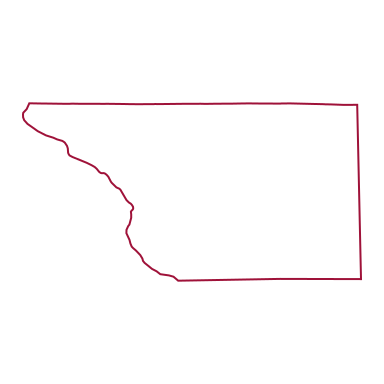 outline of Jo Daviess, Illinois, United States of America
{"feature_id": "52423323B10546312408424", "entity_name": "Jo Daviess", "entity_type": "district", "adm_level": 2, "iso_a3": "USA", "parent_name": "United States of America", "parent_adm1": "Illinois", "projection": "robinson", "projection_center": [-90.406, 42.351], "detail": "fine", "context": "isolated", "style": "outline", "palette": "rose", "viewbox_px": 384, "rotation_deg": 0, "n_neighbors": 0, "source": "geoboundaries", "source_scale": "gbopen_adm2", "svg_char_len": 1447}
<svg xmlns="http://www.w3.org/2000/svg" viewBox="0 0 384 384"><path d="M106.7,174.9L108.3,176.7L110.9,181.7L111.8,182.9L116.4,187.4L119.3,188.7L120.4,189.7L126.5,200.1L128.9,202.5L130.8,203.7L131.8,204.8L133.0,206.7L133.2,208.1L133.1,208.9L132.7,209.6L131.4,210.9L130.9,211.8L131.2,214.3L131.2,217.8L129.4,224.6L128.2,226.1L126.5,229.8L126.4,233.2L129.5,239.9L130.4,243.5L131.7,246.6L133.1,248.1L135.8,250.4L140.3,255.1L142.4,258.6L143.0,260.9L144.6,262.9L152.0,268.9L156.6,271.3L160.3,274.2L168.9,275.4L173.5,276.7L178.2,280.7L280.0,278.9L361.0,279.1L357.2,104.8L344.3,104.9L330.6,104.4L330.3,104.4L325.0,104.3L324.1,104.2L316.0,104.0L315.2,104.0L290.0,103.4L281.2,103.5L280.3,103.6L258.3,103.5L248.5,103.4L240.6,103.5L229.4,103.7L221.5,103.7L209.0,103.8L207.8,103.9L201.4,103.8L200.4,103.7L198.8,103.8L184.6,103.8L157.7,104.1L155.3,104.0L155.2,104.0L154.0,104.1L137.8,104.2L128.5,104.1L123.6,104.0L106.2,103.8L104.2,103.9L98.5,103.8L80.0,103.8L74.4,103.7L74.2,103.7L71.3,103.7L69.2,103.8L64.8,103.8L42.3,103.5L40.8,103.5L29.3,103.3L26.7,109.1L23.3,112.7L23.3,112.8L23.0,114.2L23.1,117.3L24.2,120.2L27.5,123.9L30.2,125.8L37.8,131.2L46.0,135.4L53.3,137.7L57.1,139.4L62.3,140.9L63.6,141.7L64.8,142.6L67.0,145.9L67.8,148.4L68.1,152.6L68.4,153.6L69.5,155.4L72.7,157.1L86.7,162.8L91.6,165.2L94.7,167.0L96.7,168.8L99.1,171.8L100.6,172.9L101.8,173.2L103.8,173.1L105.1,173.6L106.6,174.8L106.7,174.9Z" fill="none" stroke="#9f1239" stroke-width="2"/></svg>